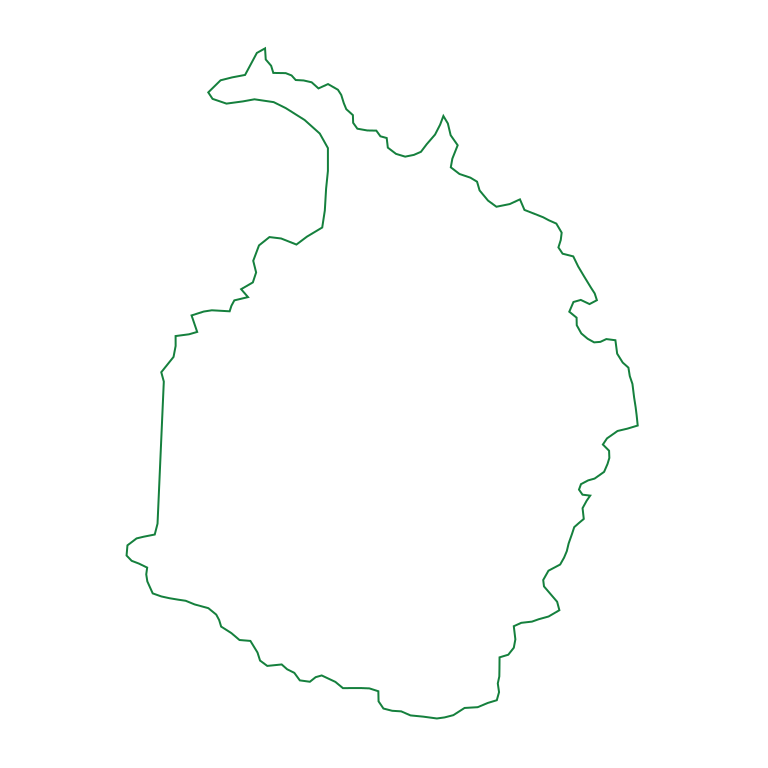 the district of Petrolina de Goiás, Goiás, Brazil, rotated 271°
{"feature_id": "56859067B28071747683411", "entity_name": "Petrolina de Goiás", "entity_type": "district", "adm_level": 2, "iso_a3": "BRA", "parent_name": "Brazil", "parent_adm1": "Goiás", "projection": "mercator", "projection_center": [-49.296, -16.111], "detail": "fine", "context": "isolated", "style": "outline", "palette": "green", "viewbox_px": 768, "rotation_deg": 271, "n_neighbors": 0, "source": "geoboundaries", "source_scale": "gbopen_adm2", "svg_char_len": 2731}
<svg xmlns="http://www.w3.org/2000/svg" viewBox="0 0 768 768"><g transform="rotate(271 384 384)"><path d="M653.0,438.7L644.3,435.6L634.3,430.7L624.6,422.6L616.8,416.9L613.6,409.9L611.7,401.2L614.3,392.0L620.4,383.7L630.0,382.4L631.6,376.1L637.2,371.9L637.2,362.9L638.8,352.9L644.6,348.6L652.3,348.2L658.1,341.5L664.1,338.9L672.3,336.2L677.4,332.8L682.9,322.8L678.4,313.3L684.4,306.4L686.1,298.3L686.4,290.4L690.9,286.2L693.1,280.3L693.1,267.9L700.2,265.6L706.4,260.1L717.5,259.2L712.8,251.1L690.6,239.7L687.9,226.7L684.8,215.3L672.5,203.2L666.1,207.6L661.6,221.6L664.1,238.0L666.4,249.5L663.9,268.8L658.1,281.0L646.6,300.0L633.3,315.4L618.9,323.8L596.0,324.2L578.2,322.7L556.4,321.8L539.4,319.5L530.0,304.4L521.9,294.0L527.7,278.6L528.9,266.9L520.4,256.6L504.9,251.1L493.3,254.2L483.3,251.1L476.3,239.5L468.5,246.5L465.0,232.9L459.6,230.1L454.0,228.4L454.7,210.6L453.3,202.5L449.2,190.4L432.8,196.3L430.3,188.2L428.3,174.8L418.4,175.0L407.4,173.1L391.9,161.1L382.6,163.8L240.4,160.0L229.5,157.4L227.1,146.3L225.3,139.3L218.2,130.3L208.0,129.6L202.8,134.8L200.2,142.0L196.3,150.4L189.5,149.6L182.5,150.8L170.6,156.4L167.7,165.1L166.1,173.1L164.8,181.8L163.8,189.5L160.3,198.5L156.8,212.3L150.5,220.3L145.1,223.3L138.6,225.4L132.3,235.7L125.5,244.0L124.8,254.9L113.3,262.2L105.3,264.9L100.1,272.2L101.8,286.6L97.1,292.1L93.6,299.4L86.2,305.0L85.0,315.1L89.7,320.8L91.5,326.8L85.3,340.6L79.2,348.2L79.6,365.7L79.4,374.7L76.7,383.7L66.6,384.1L59.5,389.1L57.4,397.9L57.0,406.9L53.1,416.3L52.1,429.0L50.5,442.7L51.7,450.4L54.1,459.1L61.5,470.2L62.5,483.3L66.9,493.3L69.8,502.3L77.9,504.4L86.6,503.0L93.6,504.4L101.4,504.4L112.7,504.3L115.5,513.0L122.6,518.4L131.0,519.8L144.1,518.0L147.6,525.4L149.0,536.1L151.5,542.8L154.4,552.6L160.9,563.3L169.3,560.9L178.2,553.0L184.4,547.5L190.8,546.6L200.2,551.7L206.6,563.3L213.6,567.1L220.1,569.7L227.8,571.4L237.4,574.6L244.2,576.7L248.5,581.4L252.6,586.1L263.3,584.7L270.9,588.7L276.0,592.1L276.8,584.4L281.8,580.8L287.3,582.7L291.2,589.8L293.1,596.2L300.0,605.6L308.0,608.9L314.0,610.6L321.2,610.2L327.3,603.9L333.5,607.9L341.1,618.3L343.6,628.1L346.9,638.4L357.5,637.1L365.2,636.0L375.0,634.3L388.4,632.4L396.2,629.6L404.6,628.1L409.6,622.3L418.4,616.6L431.8,614.6L432.8,605.5L429.9,599.6L429.3,593.4L432.8,586.8L438.0,580.4L446.1,575.7L453.7,575.4L459.5,568.0L469.3,572.0L471.5,579.3L467.5,588.1L471.5,595.4L478.2,593.1L483.7,589.4L495.2,582.1L504.9,576.1L514.9,571.0L517.4,560.3L523.6,556.0L531.0,558.2L538.4,559.0L547.4,553.5L550.6,545.9L553.5,540.2L560.5,521.4L571.0,516.7L566.1,506.6L563.2,493.3L569.2,484.8L579.2,476.2L587.9,473.5L591.8,466.8L595.3,455.8L601.8,447.0L610.5,448.4L624.0,453.5L633.9,446.3L645.6,443.3L653.0,438.7Z" fill="none" stroke="#15803d" stroke-width="2"/></g></svg>